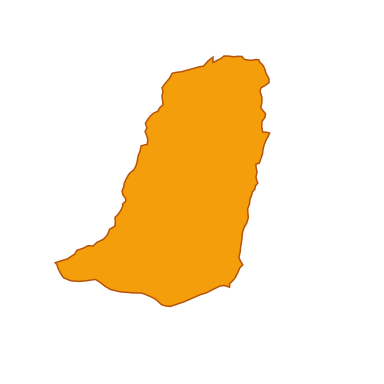 outline of Populina, São Paulo, Brazil, rotated 217°
{"feature_id": "56859067B62148910321477", "entity_name": "Populina", "entity_type": "district", "adm_level": 2, "iso_a3": "BRA", "parent_name": "Brazil", "parent_adm1": "São Paulo", "projection": "natural_earth1", "projection_center": [-50.511, -19.908], "detail": "fine", "context": "isolated", "style": "filled", "palette": "amber", "viewbox_px": 384, "rotation_deg": 217, "n_neighbors": 0, "source": "geoboundaries", "source_scale": "gbopen_adm2", "svg_char_len": 2129}
<svg xmlns="http://www.w3.org/2000/svg" viewBox="0 0 384 384"><g transform="rotate(217 192 192)"><path d="M104.7,138.6L106.7,141.3L106.1,145.3L105.9,149.7L107.0,155.7L108.2,160.2L107.6,164.4L111.6,165.9L115.2,168.1L117.7,173.6L119.8,176.8L121.3,179.7L123.5,183.9L127.1,189.6L129.0,194.9L129.6,200.1L131.7,205.6L134.5,208.6L137.4,212.0L138.8,216.8L141.5,221.4L142.4,225.2L143.9,228.5L143.4,231.7L144.9,234.9L144.9,238.9L147.6,240.4L150.1,242.7L151.9,246.9L155.6,250.2L157.7,252.7L155.6,255.5L157.1,260.2L158.6,264.9L160.6,268.1L162.7,273.0L164.2,278.3L164.7,282.4L165.5,285.8L168.5,284.6L171.6,282.4L175.3,285.8L178.5,290.3L178.7,295.6L180.4,298.8L187.6,300.5L190.2,305.7L193.0,309.6L198.2,313.3L199.6,316.5L197.5,321.7L196.3,325.8L199.0,329.0L204.2,331.2L207.1,333.5L210.0,335.2L212.6,336.1L215.8,336.4L218.3,337.8L220.9,336.1L223.4,333.2L226.5,331.2L230.3,329.4L233.7,330.3L237.6,327.5L240.3,324.9L244.1,322.9L248.3,319.9L249.0,316.5L253.2,308.1L256.4,312.3L258.0,306.6L258.6,299.2L260.9,297.2L263.8,293.4L270.4,284.8L272.8,281.7L276.7,278.0L279.3,274.8L278.4,269.8L278.6,264.9L278.8,261.5L278.6,257.1L275.4,254.6L274.1,251.0L271.3,248.0L267.6,244.4L268.5,239.9L267.9,235.9L270.0,232.2L271.0,227.6L271.0,222.8L270.6,218.9L266.7,216.1L265.8,211.9L262.7,210.2L259.2,207.6L256.4,203.3L260.4,198.2L258.2,193.7L256.6,188.0L254.1,183.4L252.4,178.8L251.8,174.5L252.8,171.1L253.1,167.8L252.6,164.2L251.6,158.9L249.6,154.8L248.3,150.5L245.3,148.0L241.4,147.0L239.3,144.7L240.2,141.2L238.6,138.4L237.8,134.3L237.6,130.1L238.1,125.2L235.1,121.8L233.0,118.2L235.4,112.8L234.3,109.0L233.7,105.9L234.4,100.7L237.6,94.7L238.5,89.3L242.6,86.7L244.8,82.1L246.5,79.5L248.9,76.2L248.3,72.0L249.7,68.0L251.3,63.5L254.6,59.0L258.7,53.3L255.9,52.5L253.2,50.5L247.8,47.8L243.0,46.2L235.7,48.0L228.1,52.8L225.2,55.5L222.8,57.7L216.6,64.0L212.3,64.5L204.4,64.4L198.4,65.1L189.2,69.1L185.0,71.8L178.4,75.9L172.0,80.6L168.7,81.9L159.7,84.0L155.2,84.4L148.6,83.7L144.4,85.1L140.4,87.6L132.3,99.5L130.0,103.6L128.2,106.8L123.1,115.8L120.0,119.8L116.7,126.6L113.1,133.7L109.9,136.8L104.7,138.6Z" fill="#f59e0b" stroke="#b45309" stroke-width="1.5"/></g></svg>